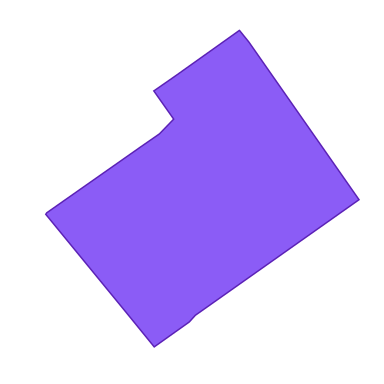 Smith, Mississippi, United States of America (Mercator projection), rotated 55°
{"feature_id": "52423323B69277381036205", "entity_name": "Smith", "entity_type": "district", "adm_level": 2, "iso_a3": "USA", "parent_name": "United States of America", "parent_adm1": "Mississippi", "projection": "mercator", "projection_center": [-89.556, 32.002], "detail": "fine", "context": "isolated", "style": "filled", "palette": "violet", "viewbox_px": 384, "rotation_deg": 55, "n_neighbors": 0, "source": "geoboundaries", "source_scale": "gbopen_adm2", "svg_char_len": 353}
<svg xmlns="http://www.w3.org/2000/svg" viewBox="0 0 384 384"><g transform="rotate(55 192 192)"><path d="M294.1,59.6L101.7,59.4L87.1,60.4L86.8,60.5L87.4,139.2L87.3,165.3L121.8,165.2L125.7,185.3L125.6,208.6L125.7,322.8L126.4,324.6L254.2,314.9L297.2,311.8L296.9,268.7L294.9,260.0L294.1,59.6Z" fill="#8b5cf6" stroke="#5b21b6" stroke-width="1.5"/></g></svg>